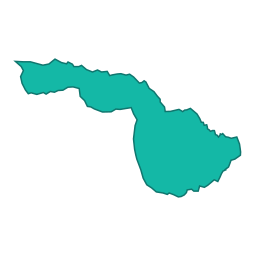 Dymes, Limassol, Cyprus (Natural Earth projection)
{"feature_id": "46923920B11933965070287", "entity_name": "Dymes", "entity_type": "district", "adm_level": 2, "iso_a3": "CYP", "parent_name": "Cyprus", "parent_adm1": "Limassol", "projection": "natural_earth1", "projection_center": [32.967, 34.924], "detail": "fine", "context": "isolated", "style": "filled", "palette": "teal", "viewbox_px": 256, "rotation_deg": 0, "n_neighbors": 0, "source": "geoboundaries", "source_scale": "gbopen_adm2", "svg_char_len": 1741}
<svg xmlns="http://www.w3.org/2000/svg" viewBox="0 0 256 256"><path d="M28.3,93.7L31.1,92.8L36.8,94.4L40.6,93.3L43.4,92.5L46.1,94.1L50.3,91.5L54.5,92.2L58.1,90.5L62.9,90.2L65.4,88.7L67.9,87.2L73.1,86.9L79.2,88.5L80.2,96.4L84.6,100.6L87.4,106.4L90.8,106.9L94.3,108.9L102.5,112.0L111.2,111.8L115.8,109.1L120.1,109.4L131.2,107.6L133.6,113.8L137.1,119.8L135.1,125.6L133.5,138.9L134.6,149.2L135.8,155.0L136.8,159.0L140.8,169.7L143.2,178.2L146.8,184.8L151.5,187.8L156.3,191.9L163.1,193.0L167.3,194.4L169.2,193.0L173.5,194.6L178.3,196.9L180.6,196.6L181.2,196.5L184.3,194.9L186.4,192.6L187.2,189.9L191.6,189.2L193.8,191.1L198.2,191.1L199.6,186.0L204.4,187.3L207.7,185.3L210.8,182.7L214.2,179.8L217.8,181.5L220.0,177.1L221.5,173.6L223.0,171.1L225.6,169.9L225.2,169.5L228.5,167.0L229.9,163.4L231.0,160.3L234.9,159.1L240.4,155.2L240.6,152.0L240.2,148.8L239.5,144.0L236.8,137.0L231.2,138.3L228.2,137.2L225.6,136.8L222.7,133.6L221.8,134.3L221.2,134.3L220.3,133.9L219.9,135.4L218.5,137.0L217.1,135.2L215.5,134.6L214.4,130.6L212.8,130.5L210.4,131.3L209.2,129.9L207.5,128.8L207.3,126.9L206.7,124.8L204.2,125.3L203.3,122.4L202.5,122.3L201.3,122.3L199.8,118.7L197.0,114.0L190.4,108.4L186.7,109.9L184.7,110.1L182.7,111.6L179.0,109.4L173.8,110.6L170.4,111.4L165.2,111.5L164.5,107.0L160.2,102.0L160.1,99.2L157.3,96.1L153.9,91.6L149.2,88.4L145.9,82.0L144.1,80.8L142.0,82.5L139.4,83.1L133.6,77.0L129.6,74.2L126.0,75.1L120.9,73.7L117.2,74.0L112.3,74.9L109.7,75.6L107.2,71.4L101.5,72.0L97.5,70.0L92.5,72.0L86.5,69.6L81.5,65.4L78.8,66.6L73.9,66.6L72.4,64.2L68.0,62.0L66.6,63.8L61.5,62.6L55.0,59.1L48.9,64.0L42.9,65.2L30.4,61.8L23.4,61.8L15.4,61.4L21.2,66.5L23.4,70.6L20.6,76.6L22.1,83.4L25.4,89.9L28.3,93.7Z" fill="#14b8a6" stroke="#0f766e" stroke-width="1.5"/></svg>